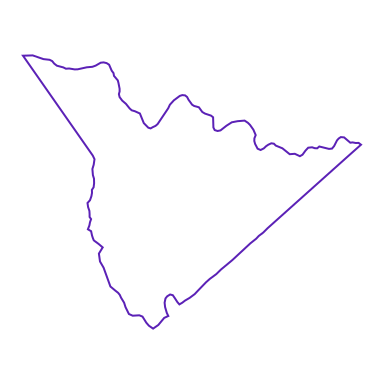 the district of Abel Figueiredo, Pará, Brazil
{"feature_id": "56859067B3237118646317", "entity_name": "Abel Figueiredo", "entity_type": "district", "adm_level": 2, "iso_a3": "BRA", "parent_name": "Brazil", "parent_adm1": "Pará", "projection": "robinson", "projection_center": [-48.422, -4.963], "detail": "fine", "context": "isolated", "style": "outline", "palette": "violet", "viewbox_px": 384, "rotation_deg": 0, "n_neighbors": 0, "source": "geoboundaries", "source_scale": "gbopen_adm2", "svg_char_len": 2188}
<svg xmlns="http://www.w3.org/2000/svg" viewBox="0 0 384 384"><path d="M361.0,144.7L358.6,142.9L355.7,143.0L352.6,142.4L350.3,142.7L344.1,137.4L340.8,137.1L338.7,138.5L337.0,140.4L334.1,146.1L332.0,148.6L329.0,148.9L319.3,146.5L317.2,148.3L314.8,148.2L312.1,147.3L308.2,147.7L305.5,150.6L302.5,154.7L299.9,156.2L294.8,153.8L289.7,154.2L282.4,148.3L275.8,145.6L273.9,143.7L271.3,143.3L268.3,144.7L266.1,146.2L263.8,148.4L260.6,150.0L257.6,148.7L255.1,143.9L254.3,141.0L254.4,138.3L255.7,135.1L253.4,129.7L250.0,124.9L247.9,122.8L244.6,120.6L237.5,121.2L231.8,122.3L226.5,125.7L220.5,130.4L217.6,131.0L214.7,130.1L213.4,127.5L213.1,117.3L211.0,115.6L205.0,113.6L202.3,112.0L200.7,109.8L198.9,107.3L196.5,106.6L194.2,106.0L192.1,104.7L188.5,99.7L187.1,97.0L185.1,95.4L182.3,95.1L179.8,95.9L173.9,100.3L169.9,104.7L168.2,108.3L157.6,124.1L155.5,125.9L152.9,127.1L150.6,128.4L148.3,127.7L143.8,123.1L142.7,120.4L139.9,113.5L134.8,111.2L131.7,110.3L129.6,108.4L126.0,103.9L122.2,100.6L119.6,97.1L118.9,94.1L119.6,91.5L119.6,88.8L118.5,83.1L117.8,80.4L114.0,75.9L113.5,73.1L111.7,70.7L109.1,64.7L106.6,63.1L103.6,62.4L100.7,62.7L95.7,65.6L92.4,66.8L86.8,67.3L77.7,69.3L74.7,69.4L69.2,68.5L65.9,68.7L63.3,67.4L56.9,65.7L54.2,63.6L52.2,61.1L49.6,59.8L43.4,59.1L32.7,55.4L23.0,55.7L92.8,155.6L94.5,159.2L93.7,164.7L92.4,169.0L92.9,175.1L94.0,178.7L94.1,183.3L93.6,187.3L91.9,189.9L92.0,192.9L91.4,196.2L90.0,200.2L87.5,203.0L88.1,207.1L89.4,210.9L89.6,214.2L89.6,217.0L91.1,219.1L90.0,222.2L89.4,225.4L87.9,229.3L91.1,231.2L92.0,235.4L92.8,237.9L93.8,240.4L98.3,243.7L102.7,247.4L98.9,253.6L100.0,261.5L103.6,267.7L110.4,286.5L115.3,290.6L118.1,292.8L119.8,294.9L121.0,297.6L124.1,302.7L125.5,307.1L128.9,314.0L132.7,315.7L139.3,315.3L142.5,316.6L146.3,322.7L148.9,325.7L153.1,328.6L158.3,325.0L164.2,317.9L168.3,316.0L166.8,312.9L165.1,307.1L164.6,302.7L165.5,298.4L167.2,296.3L170.1,294.5L172.8,295.2L174.8,298.1L177.4,302.1L179.4,304.4L182.3,302.7L185.0,300.6L189.6,297.9L194.7,294.1L198.0,290.6L206.0,282.3L209.8,278.9L216.3,274.1L221.0,269.5L232.2,260.2L250.4,243.3L256.2,238.7L258.8,235.9L263.2,232.6L267.7,228.1L346.6,157.5L361.0,144.7Z" fill="none" stroke="#5b21b6" stroke-width="2"/></svg>